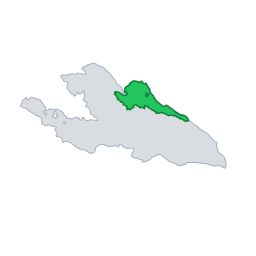 Kyrgyzstan, with Chuy highlighted, rotated 33°
{"feature_id": "KGZ-1116", "entity_name": "Chuy", "entity_type": "Region", "adm_level": 1, "iso_a3": "KGZ", "parent_name": "Kyrgyzstan", "parent_adm1": "", "projection": "natural_earth1", "projection_center": [74.767, 42.563], "detail": "fine", "context": "in_parent", "style": "filled", "palette": "green", "viewbox_px": 256, "rotation_deg": 33, "n_neighbors": 0, "source": "natural_earth", "source_scale": "10m", "svg_char_len": 8295}
<svg xmlns="http://www.w3.org/2000/svg" viewBox="0 0 256 256"><g transform="rotate(33 128 128)"><path d="M57.4,151.4L58.0,151.0L60.0,150.6L64.0,150.2L65.3,150.5L68.0,152.1L70.1,151.9L70.4,152.1L71.2,153.4L74.1,151.5L76.2,150.9L77.3,149.0L79.5,146.6L81.5,146.3L81.5,146.6L81.8,147.0L83.8,147.5L84.4,146.9L84.7,146.1L84.0,144.7L84.0,144.2L84.7,143.4L87.8,144.6L88.4,144.6L89.9,143.9L91.2,142.6L91.7,141.7L98.0,138.5L98.5,137.9L98.4,137.5L95.7,136.7L94.5,137.1L93.4,137.1L92.8,136.7L89.5,136.5L88.8,136.2L86.7,133.9L84.0,132.4L82.7,132.5L81.2,133.1L80.7,132.8L80.6,130.6L80.3,129.3L79.4,129.0L78.2,129.5L75.0,128.8L74.6,126.1L73.4,123.7L71.7,122.7L71.7,121.3L71.1,120.7L70.5,120.8L69.9,121.6L70.2,123.2L69.9,124.8L69.5,125.6L68.8,126.2L67.9,126.2L66.4,125.4L66.1,130.2L65.9,130.5L64.1,129.8L62.7,130.1L60.6,129.8L59.0,129.0L55.9,128.1L54.5,127.2L53.6,124.0L52.8,122.8L52.0,122.6L48.7,123.7L45.3,121.7L43.7,121.3L43.2,120.7L43.3,120.0L48.5,116.4L50.6,113.9L51.8,112.8L55.1,111.7L55.8,109.4L56.1,109.2L59.4,108.1L63.1,106.1L63.2,105.5L62.8,105.0L59.5,103.2L57.9,104.1L56.9,103.0L56.9,101.9L58.0,100.0L59.0,99.1L59.4,97.3L60.7,96.1L62.1,94.2L63.8,92.7L66.9,91.5L68.6,91.9L70.2,91.6L72.7,90.7L74.2,90.6L80.6,92.0L82.8,92.1L87.7,94.0L91.6,94.9L93.5,96.7L99.7,97.5L101.5,98.1L102.1,98.9L103.8,100.0L105.4,100.3L104.1,96.0L104.6,93.4L106.6,86.4L107.6,85.3L112.7,83.3L113.9,81.9L117.6,81.9L118.3,81.6L118.7,80.8L130.0,86.9L134.3,88.7L140.2,90.3L145.2,90.8L146.1,90.4L148.1,88.0L149.0,87.9L161.5,88.3L170.4,87.0L171.6,87.1L175.0,88.5L185.5,88.9L189.6,89.8L196.2,89.4L198.9,89.6L203.9,91.3L205.7,91.7L208.9,92.0L210.2,91.7L210.9,92.1L211.6,94.3L214.7,97.0L215.9,98.5L217.1,99.2L222.9,99.6L225.1,100.2L230.6,105.4L231.3,108.5L230.8,109.1L225.1,109.5L223.8,110.0L222.4,112.3L214.8,115.0L213.7,115.0L203.4,120.2L196.4,124.7L196.1,126.8L192.0,131.6L188.9,132.2L186.2,132.1L181.9,133.6L176.3,133.1L174.4,133.2L170.7,132.5L169.2,132.9L167.7,133.8L165.5,137.7L164.6,138.6L164.2,139.5L163.9,141.4L163.1,143.4L161.3,146.4L159.7,147.8L158.3,148.7L157.1,146.8L155.2,148.1L153.4,147.9L152.4,148.2L149.9,149.8L146.2,149.8L145.8,149.2L145.1,144.8L144.4,142.7L143.9,142.3L143.2,142.2L138.0,145.7L135.6,146.3L133.6,146.4L130.9,145.4L130.4,145.6L129.9,146.2L129.7,146.9L130.5,148.9L130.3,149.2L129.1,149.2L127.4,149.7L122.4,153.8L119.2,154.8L116.2,155.2L114.5,156.0L113.5,157.5L111.5,161.7L111.6,162.6L112.4,163.7L113.0,166.3L112.9,166.9L111.3,169.1L109.2,169.7L107.7,170.0L104.6,169.7L103.0,170.1L100.2,171.8L97.8,172.1L93.3,172.1L88.9,171.5L87.5,171.7L83.6,172.6L82.2,174.1L81.5,175.5L81.1,175.7L79.6,174.4L77.6,172.3L76.7,172.3L73.1,174.1L72.6,174.0L71.6,173.4L71.8,170.6L70.7,170.0L68.3,169.9L67.5,169.3L67.8,167.5L67.5,166.9L66.9,166.3L65.6,166.5L63.1,168.0L60.2,168.5L59.2,169.0L58.0,170.9L54.2,171.3L52.9,170.8L50.6,167.3L48.6,166.7L46.5,166.9L43.7,167.8L43.1,167.0L42.4,166.8L41.7,167.4L38.3,167.5L34.8,167.5L32.8,167.0L31.6,167.1L29.0,168.0L25.9,168.2L25.6,164.9L24.7,162.6L25.7,158.9L26.2,157.7L28.6,159.1L29.4,158.9L29.6,158.2L29.3,156.5L30.5,154.7L38.8,152.2L47.8,155.8L49.0,158.2L49.8,158.1L51.1,157.0L51.5,155.0L53.3,153.9L57.2,152.6L57.4,151.4ZM62.0,159.5L62.2,159.2L61.5,157.5L62.5,155.9L60.6,155.6L59.7,155.1L58.6,153.5L58.3,153.4L57.7,153.8L57.4,154.9L57.7,156.1L59.0,157.2L58.3,159.5L61.0,159.7L62.0,159.5ZM52.5,161.1L52.4,160.6L51.8,160.4L48.4,159.8L48.5,160.2L49.8,161.9L50.8,162.0L52.5,161.1ZM72.8,158.2L73.0,157.1L71.0,157.7L70.7,158.3L71.4,158.9L72.3,159.2L72.8,158.2Z" fill="#d9dde1" stroke="#a8b0b8" stroke-width="1"/><path d="M118.2,80.3L118.7,80.6L119.7,81.4L120.2,81.6L120.8,81.7L121.3,82.0L122.3,82.7L122.7,82.9L123.4,82.9L124.1,83.4L124.9,83.5L125.2,83.7L125.5,84.0L125.9,84.8L126.2,85.1L128.1,86.4L128.7,86.7L130.9,87.0L132.5,87.7L133.0,88.2L133.5,88.4L134.6,88.7L135.2,89.0L135.6,89.3L136.7,90.0L137.2,90.1L138.5,90.0L142.7,90.6L143.4,90.5L143.8,90.5L145.0,91.0L145.4,91.0L146.0,90.8L146.5,90.4L146.9,90.0L147.1,89.7L147.7,88.2L147.9,88.0L148.2,87.9L148.4,87.9L149.4,87.8L150.1,87.9L151.6,88.3L152.0,88.4L153.2,88.0L153.7,88.0L155.0,88.3L156.7,88.3L158.3,88.7L158.5,88.7L158.9,88.5L159.1,88.5L159.3,88.6L159.5,89.0L160.0,89.0L160.6,88.5L160.9,88.4L161.4,88.4L162.4,88.8L162.9,88.9L163.3,88.8L164.0,88.5L164.8,88.5L165.2,88.5L165.9,88.1L166.0,87.9L166.5,87.9L167.1,87.3L167.5,87.1L167.9,87.0L168.7,87.0L169.4,86.8L169.8,86.7L170.1,86.8L172.2,87.2L172.9,87.4L173.1,87.6L173.6,88.3L173.9,88.5L174.2,88.5L174.5,88.5L174.7,89.1L174.7,89.3L174.6,89.5L174.4,89.5L174.1,89.5L173.9,89.5L173.4,90.1L173.2,90.7L173.1,90.8L172.9,90.9L172.4,91.1L172.1,91.2L167.7,91.1L167.4,91.1L167.3,91.3L167.2,91.5L167.1,91.8L166.8,92.0L166.7,92.0L166.1,91.9L165.2,91.6L164.9,91.6L163.9,92.1L163.7,92.1L163.4,92.1L162.9,91.9L162.4,92.0L161.2,91.7L160.9,91.8L160.5,92.6L160.3,92.7L160.2,92.7L158.8,93.0L157.5,93.6L157.1,93.8L156.7,94.1L155.7,95.2L155.6,95.3L155.2,95.6L154.8,95.7L154.7,95.7L154.3,95.7L154.0,95.5L153.6,95.5L151.0,96.1L150.7,96.1L149.3,96.0L149.0,96.0L148.8,96.1L148.7,96.5L148.4,96.7L147.9,96.9L147.7,97.1L147.2,97.4L147.0,97.5L146.8,97.6L146.5,97.6L146.4,97.7L146.3,97.8L146.3,98.2L146.2,98.5L145.3,99.1L145.0,99.3L144.9,99.4L144.6,99.6L143.7,100.2L143.4,100.3L143.3,100.1L143.3,99.7L143.2,99.4L143.1,99.2L142.7,99.4L141.3,99.7L141.0,99.7L140.9,99.6L140.1,99.3L139.9,99.4L139.6,99.5L139.1,99.7L138.9,99.7L136.1,99.6L135.3,99.4L135.2,99.4L134.9,99.5L134.7,99.7L134.1,99.9L133.6,99.3L133.4,99.3L133.2,99.2L133.2,99.3L132.8,99.6L130.1,99.9L129.8,100.1L130.2,100.9L131.1,102.2L131.2,102.5L131.2,102.8L130.9,102.8L130.4,102.7L128.9,102.8L128.5,103.0L127.8,103.9L127.3,104.5L127.2,104.5L127.1,104.4L127.0,104.2L126.9,104.1L126.4,104.1L123.1,104.5L122.9,104.5L122.8,104.4L122.6,104.3L121.9,104.2L121.4,104.2L121.2,104.3L121.1,104.5L120.7,106.5L120.8,106.8L120.8,107.0L121.3,107.1L121.6,107.4L121.6,107.5L121.3,107.7L121.2,107.9L120.9,108.2L120.8,108.3L120.7,108.7L120.7,108.8L120.8,109.3L120.7,109.5L120.2,110.2L120.0,110.4L120.0,110.6L120.0,111.1L119.9,111.3L119.8,111.5L119.6,111.6L119.4,111.7L119.2,111.7L118.9,111.5L118.8,111.4L118.7,111.4L117.9,111.8L117.7,112.1L117.7,112.3L117.6,112.9L117.5,113.0L117.4,113.1L117.2,113.1L117.1,112.9L117.0,112.7L117.1,112.0L117.2,111.9L117.1,111.7L116.9,111.6L116.4,111.7L116.3,111.8L116.1,111.8L116.0,111.7L115.8,111.7L115.7,111.6L115.6,111.4L115.4,111.1L115.1,110.8L115.1,110.7L114.9,110.3L114.8,110.2L114.7,110.0L114.0,110.6L113.6,110.7L113.3,110.7L111.1,110.9L110.8,109.9L110.6,109.6L110.3,109.5L110.1,109.4L109.7,109.3L109.3,109.4L108.9,109.6L108.7,109.8L108.6,110.0L108.3,110.1L108.0,110.2L107.8,110.1L106.1,109.5L105.8,109.5L105.6,109.5L105.0,109.6L104.8,109.6L104.2,109.4L103.9,109.3L103.2,109.4L103.0,108.9L102.9,108.7L102.7,108.4L102.2,108.1L101.8,108.0L101.5,108.0L101.4,107.9L101.1,107.7L100.9,107.6L100.0,107.4L99.1,107.1L98.8,107.1L98.6,107.0L98.4,107.0L98.3,106.9L98.2,106.6L98.4,106.3L98.5,106.1L98.4,106.0L98.4,105.9L97.6,105.7L97.4,105.5L97.4,105.3L97.4,105.2L97.6,104.5L97.7,104.3L97.8,104.2L98.0,104.1L98.6,104.1L98.9,104.1L99.1,103.9L99.3,103.7L100.0,103.3L100.4,103.2L100.7,103.1L101.1,103.0L101.4,103.0L101.7,103.1L101.9,103.2L102.2,103.2L102.5,103.2L103.2,102.9L103.5,102.8L104.0,102.8L104.7,102.9L104.8,102.9L105.3,103.2L105.6,103.2L106.0,103.1L107.2,102.7L107.4,102.5L108.0,101.8L108.0,101.5L108.1,101.3L108.4,100.9L108.9,100.4L109.0,100.3L109.1,100.1L109.1,99.8L109.0,99.6L108.8,99.3L108.6,99.3L108.0,99.3L107.8,99.3L107.6,99.3L107.5,99.2L107.4,99.1L107.2,99.0L107.2,98.9L107.1,98.5L107.0,98.4L106.9,98.4L106.8,98.6L106.7,98.8L106.6,99.1L106.7,99.3L106.6,99.7L106.1,100.1L105.6,100.0L104.2,97.6L104.0,96.8L103.8,96.1L103.9,95.2L104.1,94.3L105.1,92.3L105.6,91.3L105.7,90.9L105.6,90.5L105.4,89.7L105.3,89.3L105.4,88.9L105.6,88.6L105.9,87.9L106.7,86.0L106.9,85.7L107.2,85.4L108.0,85.0L111.2,83.7L111.6,83.7L112.3,83.7L113.0,83.4L113.6,81.7L114.2,81.3L114.6,81.5L115.2,82.1L115.6,82.2L118.5,81.8L118.8,81.7L118.9,81.3L118.7,80.9L118.2,80.3ZM126.5,91.0L126.8,90.9L126.7,90.6L126.7,90.4L126.8,90.1L126.9,89.9L127.1,89.7L127.3,89.6L127.3,89.4L127.2,89.3L127.0,89.0L126.7,88.7L126.5,88.4L126.4,87.9L126.2,87.9L126.1,88.3L125.8,88.6L125.5,88.8L124.5,89.1L124.2,89.4L124.4,89.7L125.2,90.3L125.4,90.5L125.4,90.8L125.4,91.0L125.4,91.3L125.5,91.5L125.8,91.6L126.0,91.2L126.3,90.9L126.5,91.0Z" fill="#22c55e" stroke="#15803d" stroke-width="1.5"/></g></svg>